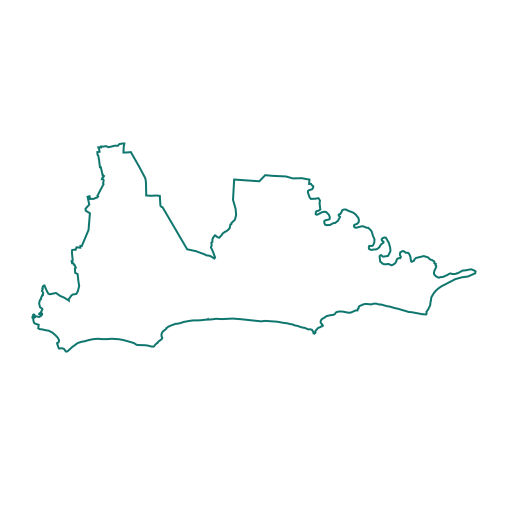 Kombo South, West Coast, Gambia (Mercator projection), rotated 273°
{"feature_id": "56634734B1390118495461", "entity_name": "Kombo South", "entity_type": "district", "adm_level": 2, "iso_a3": "GMB", "parent_name": "Gambia", "parent_adm1": "West Coast", "projection": "mercator", "projection_center": [-16.741, 13.204], "detail": "fine", "context": "isolated", "style": "outline", "palette": "teal", "viewbox_px": 512, "rotation_deg": 273, "n_neighbors": 0, "source": "geoboundaries", "source_scale": "gbopen_adm2", "svg_char_len": 6007}
<svg xmlns="http://www.w3.org/2000/svg" viewBox="0 0 512 512"><g transform="rotate(273 256 256)"><path d="M356.3,92.9L355.4,93.2L355.3,93.5L351.9,94.3L351.4,92.1L348.7,92.5L348.4,92.9L347.7,93.3L343.4,94.3L336.5,95.5L336.5,96.4L329.0,98.5L329.1,98.8L328.4,99.1L327.9,100.0L326.9,99.5L326.6,98.7L324.8,98.2L325.0,98.9L324.2,99.7L323.4,99.9L320.7,99.5L319.8,100.0L307.9,94.5L307.1,95.2L306.4,94.6L305.9,94.0L305.8,93.1L304.6,91.1L304.3,87.0L305.6,87.0L307.0,86.6L306.3,84.7L298.6,86.8L294.3,83.3L292.3,83.6L290.0,87.9L273.2,87.4L256.8,81.5L256.9,80.1L255.1,80.1L255.3,76.4L252.7,75.5L252.9,74.6L252.3,72.1L251.7,72.0L249.7,72.0L242.0,73.2L241.4,72.9L241.2,72.1L239.2,72.7L239.4,73.6L239.2,74.0L237.9,74.4L237.8,75.1L234.9,76.7L234.2,75.8L229.8,76.3L228.6,78.8L221.8,79.9L216.8,81.0L211.4,79.9L208.7,78.5L207.9,74.9L206.7,73.6L202.9,71.2L201.7,71.4L204.3,66.8L205.9,62.5L208.6,58.2L207.0,52.2L207.4,50.7L209.8,49.1L215.5,46.3L215.1,45.3L214.2,44.6L212.9,44.8L212.5,44.3L211.2,44.7L210.1,44.0L208.0,45.4L205.7,45.2L205.5,44.4L204.4,44.3L203.4,43.6L201.7,43.6L200.7,42.5L197.3,41.9L193.6,43.0L193.1,43.6L192.8,44.5L191.7,45.5L188.2,44.0L187.2,42.6L186.7,42.5L186.4,43.2L187.5,44.3L187.6,45.0L187.2,45.4L186.2,45.4L184.8,44.2L183.8,42.8L184.2,39.5L183.5,38.7L183.9,38.2L185.5,38.0L185.8,37.7L185.9,36.8L185.5,36.5L184.3,36.5L183.5,35.9L182.5,36.1L182.5,37.2L182.2,37.3L180.7,36.9L177.9,37.7L177.0,38.7L175.9,42.6L172.4,42.3L171.6,43.9L171.5,46.7L170.9,49.4L170.6,52.7L168.8,56.8L166.0,60.3L163.8,62.5L161.3,63.8L159.3,63.3L158.7,62.0L158.0,62.0L153.7,63.8L153.2,64.3L153.6,65.5L153.6,67.7L153.2,69.1L150.7,71.1L150.6,72.0L151.4,73.2L155.6,77.4L159.8,82.6L161.4,86.9L162.0,89.9L162.7,91.5L164.0,95.9L164.7,99.4L165.1,103.1L164.9,105.4L165.2,111.6L165.8,116.4L165.7,123.5L165.2,127.6L163.3,136.2L162.5,139.0L161.2,141.1L160.9,142.5L161.1,149.8L160.9,152.6L160.1,156.4L160.1,158.3L160.5,158.9L162.2,160.1L163.5,161.3L164.0,162.2L164.5,162.3L165.7,163.4L168.2,166.3L169.4,166.7L170.8,165.9L172.6,165.7L174.6,166.2L176.0,167.2L178.5,170.1L179.2,170.2L179.9,171.3L180.7,171.9L181.9,174.2L184.2,179.6L184.2,181.0L185.2,184.5L186.3,187.0L187.9,193.8L188.4,196.9L188.8,203.2L190.0,210.5L190.3,211.0L189.9,211.0L190.5,215.9L191.2,219.3L191.2,225.2L192.3,236.1L192.1,244.1L191.0,264.5L191.7,268.6L191.5,280.5L190.7,286.7L190.4,291.0L189.8,293.5L189.5,296.6L188.9,297.5L188.4,300.9L187.0,305.9L186.8,308.4L185.5,311.8L185.6,314.3L185.2,315.8L182.5,317.5L181.8,317.5L181.5,318.4L182.0,319.0L183.0,319.4L183.4,319.1L184.3,319.3L187.5,321.9L188.4,324.1L189.4,325.2L189.4,326.1L190.3,326.3L192.8,324.1L193.7,323.9L195.3,324.3L196.6,325.3L197.8,327.3L199.6,329.5L200.4,331.9L201.4,336.7L202.4,338.0L203.8,338.8L204.3,339.6L205.0,342.3L205.0,345.9L204.2,351.2L204.4,353.5L206.8,358.3L207.0,360.2L208.7,360.5L208.9,361.1L210.8,361.4L211.6,362.3L213.5,366.2L213.9,368.3L213.7,373.5L214.7,376.8L214.6,379.0L213.9,382.3L214.2,382.9L212.6,390.2L212.6,391.8L211.1,397.8L210.9,399.9L208.1,411.5L208.0,414.7L206.6,424.9L206.5,428.9L207.5,429.4L209.2,429.1L211.8,430.8L215.9,432.5L220.2,432.8L220.8,433.1L223.0,433.1L224.4,433.5L228.5,435.7L231.0,437.6L233.3,440.0L235.5,442.9L243.3,456.2L245.5,462.7L246.6,468.7L250.2,475.8L252.1,476.1L253.2,474.1L254.0,471.4L252.6,465.9L252.3,463.2L249.2,458.1L249.2,457.3L248.7,456.6L248.3,454.7L248.3,452.7L248.7,451.6L248.7,450.6L247.0,448.0L244.7,443.4L244.7,441.8L243.9,439.8L245.1,436.8L246.5,435.3L247.4,434.7L248.8,434.6L250.5,434.9L254.4,436.5L255.8,436.4L256.4,435.6L257.5,436.0L258.3,434.4L259.9,434.3L261.3,431.8L261.3,430.9L262.1,429.5L263.6,427.9L264.7,423.6L262.4,415.9L260.9,414.4L259.5,414.0L258.4,411.9L258.7,411.2L263.2,410.2L266.1,408.9L267.1,407.7L267.1,405.5L268.6,403.1L268.6,402.2L267.3,400.0L266.0,399.6L264.3,399.8L262.7,400.7L261.4,400.2L261.4,399.1L260.6,397.2L259.3,396.6L258.1,396.4L256.7,395.8L255.1,394.3L253.8,392.0L255.0,388.6L254.5,386.0L254.5,384.1L255.2,382.4L256.2,381.5L256.8,380.4L260.8,379.6L262.3,379.5L263.3,380.3L263.3,381.3L262.3,382.2L262.0,383.2L263.0,387.8L266.7,389.6L268.4,390.0L271.5,389.5L275.8,388.1L281.0,384.8L281.2,383.3L280.5,381.6L279.4,380.7L278.7,380.7L277.7,381.2L277.1,382.5L276.0,382.6L274.3,380.5L273.1,379.6L271.3,378.8L269.4,376.7L268.8,375.2L268.6,372.8L268.1,371.1L268.5,369.5L269.0,368.5L270.2,368.2L272.0,368.6L272.1,371.4L272.7,372.3L275.6,373.4L278.8,373.5L282.4,371.7L286.4,370.3L287.9,369.1L290.0,366.7L290.0,365.1L291.3,361.3L291.1,359.6L289.6,355.1L289.5,353.6L290.3,352.5L291.4,352.2L292.3,352.7L293.4,355.2L295.0,356.7L296.9,356.9L299.1,356.4L302.6,353.4L304.4,350.8L306.3,344.9L307.0,343.8L307.1,341.9L306.6,340.2L305.7,339.4L304.7,339.3L302.3,338.0L302.2,337.1L301.4,336.4L300.7,336.5L299.4,337.9L295.5,336.0L293.2,333.4L292.8,331.4L290.8,328.1L290.5,324.6L291.0,323.3L292.8,322.4L294.5,322.4L295.3,323.4L296.3,327.0L297.1,327.7L298.8,327.6L300.9,326.7L303.6,323.8L303.8,322.0L303.1,319.5L300.7,315.5L300.4,314.3L300.9,313.4L303.1,313.5L304.0,314.2L304.6,316.3L305.9,317.8L312.0,316.7L314.6,317.0L316.8,315.6L317.0,314.9L316.3,312.4L315.9,307.8L317.4,306.4L322.2,304.5L323.6,304.5L324.5,305.5L325.5,308.4L327.2,309.5L328.7,309.5L329.6,308.1L330.8,307.2L330.8,305.2L335.1,305.4L336.1,297.6L335.4,288.8L337.0,281.7L336.9,268.6L337.2,261.0L330.8,255.4L331.2,230.2L310.9,230.1L301.9,233.2L295.8,234.0L291.1,233.0L287.5,229.7L286.5,229.7L286.0,228.8L282.3,228.2L282.0,227.8L281.3,227.5L279.1,225.0L278.5,223.7L276.6,221.4L275.1,220.6L272.4,218.4L272.6,216.9L274.5,214.0L272.2,212.3L270.2,211.6L267.8,211.7L266.9,210.7L264.1,211.2L262.3,210.5L258.3,212.7L252.4,215.2L251.3,214.5L253.4,210.8L254.0,208.4L254.0,206.6L255.0,204.4L257.7,195.6L259.1,186.9L299.7,160.2L300.3,158.7L301.3,157.9L311.0,156.8L311.2,153.4L310.6,148.0L310.7,143.2L323.3,142.3L326.9,141.7L329.0,140.7L338.5,135.0L353.2,125.6L352.5,120.4L352.4,118.2L358.6,118.2L361.4,118.7L361.4,117.0L360.6,113.7L358.8,112.2L358.8,109.4L356.9,103.1L357.8,100.7L357.8,100.0L357.3,98.2L357.2,95.4L356.3,95.5L356.3,92.9Z" fill="none" stroke="#0f766e" stroke-width="2"/></g></svg>